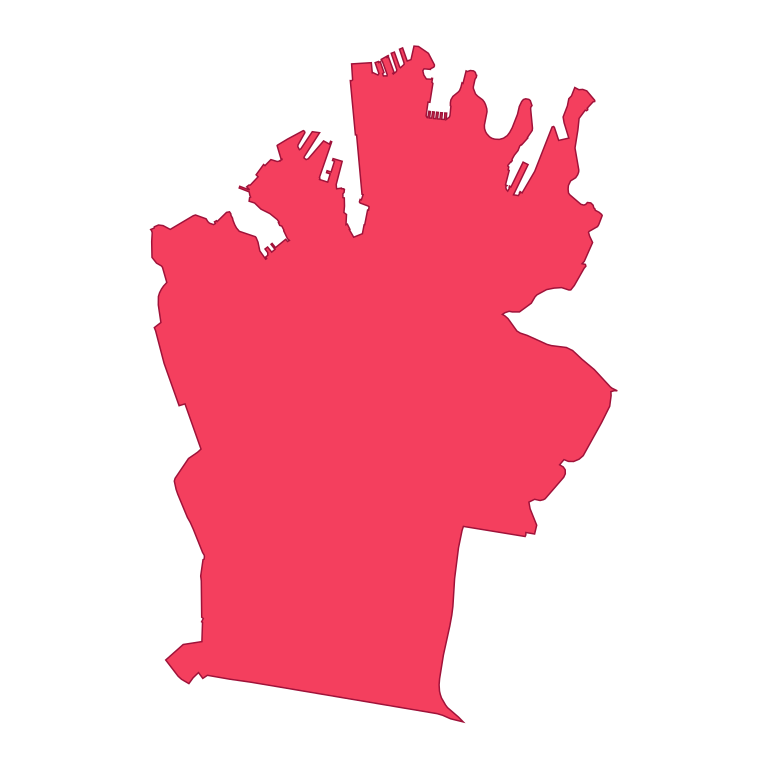 outline of Sydney, New South Wales, Australia
{"feature_id": "25037944B98854570895907", "entity_name": "Sydney", "entity_type": "district", "adm_level": 2, "iso_a3": "AUS", "parent_name": "Australia", "parent_adm1": "New South Wales", "projection": "albers", "projection_center": [151.208, -33.889], "detail": "fine", "context": "isolated", "style": "filled", "palette": "rose", "viewbox_px": 768, "rotation_deg": 0, "n_neighbors": 0, "source": "geoboundaries", "source_scale": "gbopen_adm2", "svg_char_len": 6044}
<svg xmlns="http://www.w3.org/2000/svg" viewBox="0 0 768 768"><path d="M463.2,721.9L458.5,717.1L447.5,707.6L445.6,705.1L441.5,698.0L440.3,694.5L439.5,691.1L439.1,684.8L439.6,678.7L443.4,655.1L449.8,626.0L451.8,615.1L452.9,606.3L454.6,578.7L458.5,547.8L462.1,530.3L463.4,526.4L525.1,536.5L525.8,535.0L525.9,532.5L534.6,534.0L536.7,525.2L530.1,508.8L528.9,502.1L534.6,499.3L540.1,500.5L543.4,499.7L545.1,498.8L563.7,477.3L565.3,473.8L565.2,469.8L563.3,467.0L559.6,464.8L564.0,459.6L568.4,461.4L573.6,461.5L579.1,459.2L583.2,455.7L601.5,422.7L609.7,406.3L611.1,395.6L610.9,391.7L614.2,390.7L617.3,390.8L612.0,388.2L610.2,386.8L594.4,369.7L582.0,359.3L572.7,350.6L566.4,347.5L551.4,345.6L547.0,344.4L527.2,335.4L520.3,333.1L516.9,331.0L508.0,318.6L504.9,315.9L502.4,314.4L504.9,312.7L509.1,311.3L512.2,311.9L519.5,311.9L531.3,303.2L535.0,296.9L537.0,294.8L546.6,289.6L554.1,288.1L561.6,287.6L568.9,290.0L570.8,289.9L574.3,285.5L584.1,268.3L585.9,266.2L585.4,264.4L582.1,263.7L584.3,261.3L592.6,242.5L589.6,236.1L588.5,232.3L589.1,231.4L597.5,226.6L598.7,224.7L602.2,215.6L601.7,214.5L599.1,212.3L595.3,210.3L594.8,208.7L593.8,207.9L593.1,205.2L590.8,202.9L587.4,202.5L585.7,204.4L583.9,205.1L580.9,204.3L569.8,194.8L568.5,193.0L568.1,189.1L568.4,185.5L570.6,180.9L575.7,177.7L577.7,174.7L578.7,171.9L578.8,170.0L575.0,148.0L577.9,129.9L579.1,118.4L585.2,110.2L586.5,110.7L587.7,109.8L587.7,108.9L587.2,108.2L593.1,101.8L594.7,101.5L594.7,100.3L586.8,90.9L582.7,89.4L578.9,89.7L574.8,87.5L571.5,95.9L568.8,98.7L567.4,105.9L563.1,117.0L564.1,122.8L568.8,138.1L558.7,140.4L554.4,127.4L553.6,126.5L552.1,127.0L534.7,171.4L522.1,192.9L520.1,191.6L519.4,192.9L519.9,193.2L518.3,195.6L513.5,194.8L528.1,164.6L523.1,162.1L511.0,186.9L509.6,186.1L509.1,187.2L509.7,187.6L507.7,191.1L506.4,189.6L505.8,187.7L506.0,186.1L507.0,185.6L505.5,184.8L509.2,170.4L508.1,169.9L508.8,167.0L507.9,166.2L507.8,165.4L510.6,162.0L510.9,162.2L512.2,160.7L512.1,159.2L514.4,155.1L518.0,150.6L519.8,145.9L521.3,144.6L521.6,144.9L527.8,138.0L527.4,137.5L532.2,130.5L532.5,128.2L530.6,108.6L530.9,107.0L532.0,105.6L530.3,100.6L528.9,99.4L525.7,98.8L523.4,99.5L521.7,101.5L519.3,106.5L517.5,114.3L512.2,127.8L509.7,132.4L507.3,135.6L503.5,138.2L499.4,139.4L494.9,139.2L491.9,138.3L489.5,136.8L486.7,133.7L485.5,131.6L484.5,128.4L484.4,125.1L487.0,111.8L486.8,108.8L485.6,104.8L484.4,102.2L482.6,99.8L477.6,96.1L475.5,93.9L473.4,88.5L473.3,87.0L475.0,79.3L476.3,77.3L476.7,75.3L476.2,75.1L475.3,72.3L473.6,70.9L470.3,70.5L467.4,71.5L466.1,70.9L463.0,83.4L462.0,82.8L460.9,87.3L459.6,90.5L458.2,92.1L452.9,96.4L450.9,99.8L450.4,102.7L450.4,105.7L450.9,106.2L450.0,115.4L449.4,117.1L446.2,119.5L446.7,113.1L444.8,113.0L444.5,119.5L441.7,119.3L442.4,112.8L440.6,112.7L440.0,119.1L437.5,118.9L438.3,112.4L436.6,112.2L435.8,118.7L433.6,118.5L434.3,112.0L432.6,111.8L431.7,118.1L429.6,118.0L430.4,111.6L428.9,111.3L427.9,117.7L427.1,117.6L426.1,115.8L428.0,102.1L429.9,102.3L432.9,83.4L431.9,82.3L432.5,78.4L431.7,78.3L431.6,79.2L426.4,79.0L423.8,75.0L422.8,70.7L424.1,68.8L430.4,69.4L430.4,68.9L433.8,67.1L434.4,66.0L434.4,64.8L428.4,53.3L418.5,46.5L414.0,46.1L411.0,59.6L407.2,61.0L402.6,47.9L399.5,49.2L404.0,62.8L404.1,64.4L400.5,67.7L399.6,66.8L394.4,52.1L391.2,53.3L396.8,69.9L396.4,71.5L393.3,74.0L392.8,73.3L394.1,72.5L388.5,57.1L387.0,57.6L386.8,57.0L388.4,55.8L388.2,55.5L381.2,59.4L382.1,61.5L382.4,61.4L387.2,74.7L387.0,75.9L383.4,75.9L382.6,73.6L384.0,72.5L380.2,61.6L378.8,62.6L378.4,61.5L375.1,62.7L378.9,73.6L377.9,75.0L372.9,72.6L372.3,72.8L371.3,62.7L351.6,63.9L352.6,79.8L351.6,80.7L350.3,80.6L355.4,134.9L356.6,135.0L362.0,194.3L363.1,194.6L361.4,199.8L360.1,199.4L359.4,201.9L360.1,203.0L368.1,206.0L369.1,206.9L368.5,210.1L367.6,210.0L364.7,224.8L364.1,224.8L362.4,233.7L353.7,237.2L349.3,229.6L349.9,229.3L347.3,224.1L346.0,224.7L346.5,214.5L343.9,212.5L344.5,206.1L344.3,197.9L342.9,197.6L342.9,193.8L344.1,192.3L344.4,189.6L343.9,189.5L343.8,188.8L341.4,188.7L341.4,188.1L336.6,188.8L336.2,184.5L342.2,161.3L333.1,158.6L332.5,160.5L334.5,161.1L331.1,172.0L327.1,170.7L326.5,172.7L330.2,173.9L327.7,182.1L319.5,179.5L319.9,178.1L319.4,177.5L331.7,141.8L330.6,141.3L329.4,144.1L323.6,140.9L308.2,158.8L306.1,159.6L304.0,157.9L304.3,156.6L319.6,132.7L312.3,131.7L300.8,148.9L299.4,149.7L297.8,146.6L298.0,145.0L304.9,132.7L304.5,131.3L303.3,130.6L287.5,139.1L277.4,145.2L277.1,145.6L280.9,158.5L281.1,159.2L281.8,158.9L282.0,159.6L279.9,160.6L280.0,161.0L277.2,161.5L270.9,159.6L265.0,165.6L263.6,164.5L256.1,174.8L258.1,176.8L250.4,185.0L248.8,185.1L246.7,186.8L249.2,189.4L249.0,189.8L239.8,186.3L239.2,188.0L249.2,191.9L249.8,195.2L250.6,197.1L249.6,197.7L249.1,201.2L254.6,203.0L260.9,209.1L269.9,213.6L277.3,219.6L279.0,222.1L278.4,222.5L279.7,225.4L281.8,226.1L283.8,229.9L283.7,230.8L287.5,238.7L289.4,240.4L287.6,241.5L285.7,239.3L275.5,247.6L272.1,243.4L271.0,244.3L275.0,249.4L271.7,252.1L267.6,247.0L265.0,249.0L267.7,252.6L267.8,255.3L265.7,257.0L266.6,258.6L265.7,259.2L259.8,250.9L258.0,242.2L256.1,237.6L255.3,236.7L239.3,231.3L236.5,228.0L234.8,224.9L233.0,220.4L232.5,218.1L231.0,215.4L230.8,213.7L229.5,211.8L226.5,212.4L217.1,221.6L216.5,220.7L214.5,221.8L215.4,223.5L213.6,224.6L209.5,223.2L207.8,221.6L206.1,218.8L195.5,215.0L193.3,215.7L170.2,229.4L163.1,225.6L158.5,225.0L154.3,226.8L154.1,228.1L150.7,229.5L151.6,230.7L152.2,232.7L151.7,241.6L152.0,257.4L156.5,263.1L161.5,266.0L162.5,267.4L166.8,282.5L163.5,286.1L161.4,289.2L159.6,292.7L158.4,296.5L158.3,304.9L160.9,322.5L154.3,327.6L155.6,330.8L164.1,363.4L179.1,405.7L185.0,403.9L201.0,449.1L197.5,452.3L188.5,458.5L175.1,478.3L174.3,481.1L176.1,489.4L177.8,494.3L187.4,517.4L190.3,522.5L193.3,529.2L202.6,552.5L204.2,555.1L204.4,556.5L204.2,559.0L203.0,559.7L200.7,576.0L201.3,580.9L201.7,617.2L203.3,618.5L201.6,621.8L202.5,622.4L201.9,641.6L183.2,644.5L165.7,660.0L178.1,676.2L181.5,679.3L188.9,683.6L193.1,677.8L198.5,672.6L202.8,678.4L207.4,675.3L229.8,679.2L250.9,682.2L437.3,713.7L442.7,715.3L450.6,718.8L463.2,721.9Z" fill="#f43f5e" stroke="#9f1239" stroke-width="1.5"/></svg>